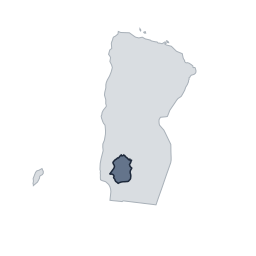 Man'ar, Al Mahrah, Yemen (highlighted), rotated 118°
{"feature_id": "15242507B25634508234618", "entity_name": "Man'ar", "entity_type": "district", "adm_level": 2, "iso_a3": "YEM", "parent_name": "Yemen", "parent_adm1": "Al Mahrah", "projection": "robinson", "projection_center": [50.908, 16.452], "detail": "fine", "context": "in_parent", "style": "filled", "palette": "slate", "viewbox_px": 256, "rotation_deg": 118, "n_neighbors": 0, "source": "geoboundaries", "source_scale": "gbopen_adm2", "svg_char_len": 6418}
<svg xmlns="http://www.w3.org/2000/svg" viewBox="0 0 256 256"><g transform="rotate(118 128 128)"><path d="M200.3,110.0L192.3,113.2L190.2,114.6L188.3,116.4L186.9,118.6L185.9,122.6L186.6,126.1L186.6,128.0L184.5,129.3L182.6,130.2L180.4,131.6L179.1,132.0L178.1,133.1L176.8,133.8L172.3,135.9L167.5,137.4L159.7,139.3L156.7,141.3L153.9,142.7L149.8,143.1L144.1,145.0L140.9,146.6L137.0,149.1L136.1,149.9L135.4,151.7L134.2,153.3L131.8,155.9L130.1,157.3L128.9,157.3L126.6,158.1L123.8,158.2L119.2,157.3L118.1,157.9L117.1,159.0L113.6,160.8L109.9,164.3L107.3,165.3L103.0,166.4L100.1,167.9L98.1,168.5L95.5,168.8L90.7,168.7L86.2,169.2L82.0,170.2L80.0,172.1L77.8,175.2L74.1,176.4L73.2,177.5L72.1,179.7L69.7,180.3L67.6,180.7L65.4,179.7L61.2,182.4L59.6,182.8L57.3,183.0L55.6,183.5L54.4,183.4L52.9,182.3L49.7,181.0L47.3,181.9L47.1,179.3L43.3,171.5L44.2,164.7L44.2,163.8L43.4,160.7L41.1,158.0L41.2,154.5L40.5,152.0L39.9,149.4L40.1,148.7L40.1,148.1L39.0,144.1L38.6,143.3L38.4,142.5L38.8,141.8L38.8,141.1L38.2,139.9L37.6,137.5L34.5,135.7L35.1,134.0L35.7,134.6L36.5,135.1L36.7,134.0L36.7,133.2L35.5,128.1L37.5,121.2L36.9,115.0L39.9,112.5L40.7,111.7L41.1,111.1L41.8,109.7L42.8,109.2L43.2,107.7L43.1,107.0L42.5,106.4L42.1,104.6L42.3,102.4L42.4,101.5L42.8,99.8L43.8,99.2L44.1,98.7L43.3,97.7L43.3,97.0L45.1,95.2L45.8,94.7L47.0,94.2L47.9,94.2L48.9,94.5L49.8,95.0L50.7,95.9L51.6,96.9L53.1,97.3L54.1,97.2L54.9,97.7L55.5,97.4L56.3,96.9L57.5,96.9L58.7,96.3L61.8,96.0L64.9,96.2L68.0,95.7L71.2,95.7L74.4,95.8L75.1,95.9L75.8,96.2L78.5,97.7L80.5,98.1L84.6,98.5L89.0,99.0L92.8,99.4L96.0,99.0L98.7,98.7L99.4,98.7L100.2,99.7L101.8,102.1L103.3,104.4L106.0,104.5L107.7,103.7L109.6,102.5L110.7,101.5L112.1,97.8L113.0,95.4L114.9,92.7L116.6,90.4L118.8,87.4L120.0,85.8L122.4,82.5L124.7,81.2L129.1,78.8L133.4,76.3L136.2,74.8L138.6,74.0L142.6,73.4L147.3,72.7L152.0,72.0L157.0,71.2L162.6,70.3L166.4,69.7L171.3,69.0L175.3,68.4L179.0,67.8L182.7,67.2L183.4,69.0L184.1,70.9L184.8,72.7L185.5,74.5L186.2,76.3L186.9,78.1L187.6,80.0L188.3,81.8L189.0,83.6L189.7,85.4L190.4,87.2L191.1,89.0L191.8,90.9L192.5,92.7L193.2,94.5L193.9,96.3L194.6,98.1L195.8,98.7L196.4,100.4L197.4,102.8L198.4,105.2L199.4,107.6L200.3,110.0ZM211.3,183.0L212.3,183.2L213.8,182.6L218.1,182.5L223.3,184.5L222.3,185.1L221.7,185.8L219.4,186.5L217.2,188.0L210.6,188.8L208.7,188.4L207.1,186.8L204.2,184.9L205.3,183.6L205.6,183.1L206.0,182.5L207.7,181.6L209.3,181.7L211.3,183.0ZM36.3,158.7L36.1,159.1L35.8,159.0L34.8,158.0L35.9,156.9L36.5,158.0L36.3,158.7ZM33.4,134.4L32.9,134.9L32.7,134.1L33.1,132.6L33.6,132.1L34.0,133.3L33.7,133.9L33.4,134.4ZM35.8,163.6L34.7,164.1L35.5,162.7L36.2,162.4L36.4,162.4L35.8,163.6Z" fill="#d9dde1" stroke="#a8b0b8" stroke-width="1"/><path d="M154.8,109.8L154.9,110.0L155.1,110.2L155.2,110.3L155.3,110.4L155.4,110.5L155.5,110.7L155.4,110.7L155.3,110.9L155.2,110.9L155.1,111.0L155.0,111.3L154.9,111.5L154.7,111.7L154.8,111.8L155.0,111.9L155.2,112.0L155.3,112.1L155.5,112.3L155.6,112.5L155.4,112.6L155.5,112.7L155.5,112.8L155.4,112.9L155.3,113.1L155.3,113.3L155.3,113.5L155.2,113.7L155.2,113.8L155.1,114.0L155.1,114.3L155.0,114.5L154.9,114.7L154.7,115.0L154.7,115.5L154.7,115.8L154.7,116.0L154.6,116.3L154.5,116.5L154.5,116.8L154.5,117.0L154.4,117.1L154.3,117.3L154.2,117.3L154.1,117.5L153.9,117.8L153.9,118.0L153.9,118.5L153.8,119.0L154.0,119.0L154.4,119.2L154.5,119.3L154.7,119.5L154.8,119.5L155.0,119.6L155.1,119.8L155.2,120.1L155.3,120.1L155.5,120.3L155.4,120.5L155.2,120.8L155.1,121.0L154.9,121.2L154.9,121.3L155.0,121.3L155.3,121.4L155.5,121.5L155.8,121.6L156.1,121.7L156.4,121.8L156.5,121.9L156.8,121.9L157.1,122.0L157.3,122.0L157.5,122.0L157.8,122.1L158.0,122.1L158.3,122.1L158.5,122.2L158.7,122.3L158.8,122.4L158.9,122.5L159.0,122.5L159.1,122.9L159.2,123.0L159.3,123.0L159.5,123.1L159.7,123.3L159.8,123.3L160.1,123.4L160.3,123.5L160.5,123.5L160.8,123.6L161.0,123.7L161.2,123.8L161.3,123.9L161.4,124.0L161.5,124.1L161.7,124.3L161.9,124.3L162.0,124.3L162.5,124.6L162.8,124.6L163.0,124.7L163.4,124.8L163.5,124.8L164.0,124.9L164.2,125.0L164.4,125.0L164.6,125.1L164.8,125.1L165.1,125.1L165.3,125.1L165.5,125.1L165.7,124.9L165.9,124.8L166.2,124.5L166.2,124.4L166.3,124.3L166.5,124.2L166.7,123.8L166.9,123.5L167.1,123.2L167.3,122.8L167.4,122.6L167.6,122.5L167.7,122.4L167.8,122.3L167.9,122.2L168.0,122.1L168.3,121.9L168.5,121.9L168.8,121.7L169.1,121.7L169.3,121.6L169.6,121.6L169.9,121.6L170.3,121.6L170.6,121.6L170.9,121.6L171.4,121.7L171.5,121.7L171.9,121.8L172.1,121.8L172.4,121.8L172.7,121.9L172.8,121.9L173.0,121.9L173.4,122.0L173.7,122.0L173.8,122.0L174.1,122.1L174.3,122.1L174.5,122.1L175.0,122.2L175.7,122.3L175.9,122.3L176.4,122.4L176.6,122.5L176.8,122.5L177.0,122.5L177.1,122.4L177.0,122.1L177.0,121.9L176.9,121.8L176.9,121.7L176.8,121.4L176.4,120.9L176.3,120.6L176.2,120.2L176.2,119.9L176.2,119.4L176.2,119.2L176.3,119.0L176.3,118.9L176.4,118.7L176.5,118.4L176.6,118.2L176.8,118.0L176.9,117.9L177.1,117.7L177.3,117.7L177.6,117.6L177.9,117.6L178.3,117.6L178.5,117.4L178.7,117.2L178.8,117.1L178.9,116.9L179.0,116.7L179.2,116.3L179.2,116.2L179.3,116.0L179.4,115.8L179.5,115.6L179.8,115.2L180.0,115.1L180.2,114.8L180.4,114.7L180.5,114.4L180.7,114.1L180.8,114.0L180.9,113.9L180.9,113.7L181.0,113.4L181.0,113.1L181.0,112.9L181.1,112.6L181.1,112.4L181.2,112.0L181.2,111.7L181.3,111.5L181.3,111.4L181.4,111.1L181.5,110.8L181.5,110.7L180.5,110.1L179.6,109.3L178.9,108.6L178.4,108.0L177.7,107.0L176.8,105.4L176.2,104.5L175.7,103.7L175.4,103.2L175.2,103.0L174.9,102.7L174.7,102.6L174.4,102.5L174.1,102.4L173.7,102.4L173.1,102.2L172.5,102.0L171.8,102.0L171.5,102.0L171.2,102.1L170.0,102.6L169.2,102.9L169.1,103.0L168.8,103.2L168.7,103.2L168.5,103.3L168.4,103.4L168.4,103.5L168.2,103.6L167.8,103.8L167.6,104.0L167.4,104.2L167.2,104.4L167.1,104.5L166.9,104.7L166.8,104.9L166.4,105.1L166.2,105.3L165.8,105.4L165.7,105.5L165.3,105.7L165.2,105.7L165.0,105.8L164.9,105.8L164.6,105.8L164.2,105.9L163.8,105.9L163.5,105.9L163.3,105.9L163.1,105.9L162.7,105.8L162.4,105.8L162.2,105.8L161.9,105.8L161.6,105.9L161.5,106.0L161.4,106.4L161.4,106.5L161.4,106.8L161.3,107.0L161.2,107.4L161.2,107.5L161.0,107.8L160.9,108.1L160.8,108.3L160.7,108.3L160.6,108.5L160.4,108.7L160.2,108.9L160.0,109.1L159.8,109.3L159.6,109.4L159.6,109.5L159.4,109.6L159.2,109.6L158.7,109.5L158.2,109.5L157.9,109.5L157.8,109.4L157.4,109.4L157.3,109.5L157.1,109.5L156.9,109.6L156.6,109.6L155.8,109.7L155.5,109.7L155.4,109.7L154.9,109.7L154.8,109.8L154.8,109.8Z" fill="#64748b" stroke="#1e293b" stroke-width="1.5"/></g></svg>